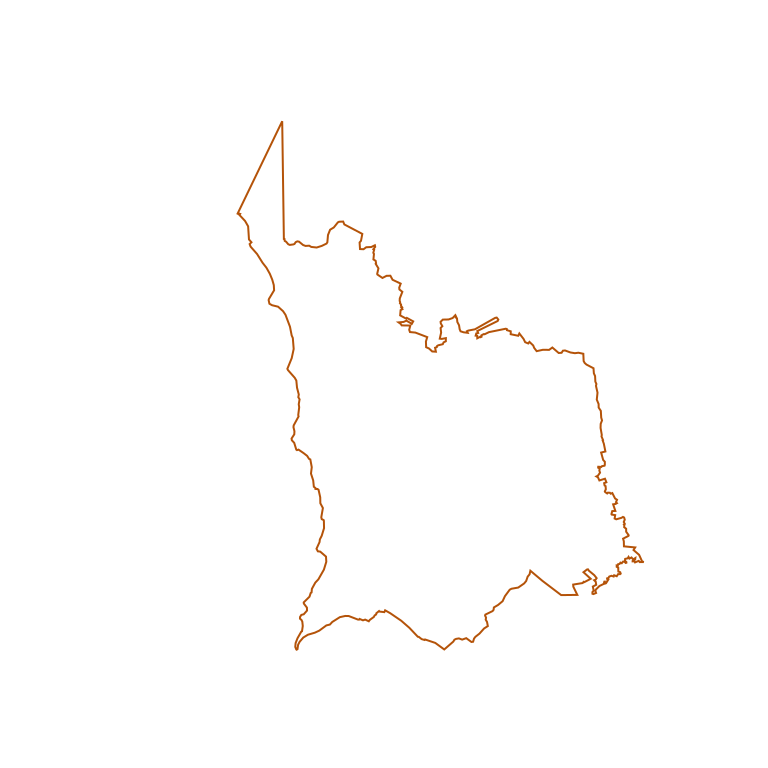 San Onofre, Sucre, Colombia (Albers equal-area conic projection), rotated 334°
{"feature_id": "7082276B86693666640795", "entity_name": "San Onofre", "entity_type": "district", "adm_level": 2, "iso_a3": "COL", "parent_name": "Colombia", "parent_adm1": "Sucre", "projection": "albers", "projection_center": [-75.504, 9.884], "detail": "fine", "context": "isolated", "style": "outline", "palette": "amber", "viewbox_px": 768, "rotation_deg": 334, "n_neighbors": 0, "source": "geoboundaries", "source_scale": "gbopen_adm2", "svg_char_len": 6166}
<svg xmlns="http://www.w3.org/2000/svg" viewBox="0 0 768 768"><g transform="rotate(334 384 384)"><path d="M407.7,103.2L327.1,166.7L327.8,167.6L329.2,166.8L328.5,167.6L329.2,168.1L328.2,168.8L330.6,176.6L331.0,182.7L326.0,194.9L327.0,198.5L324.6,199.3L324.3,202.0L326.9,211.5L328.0,221.8L329.3,228.0L329.7,234.9L329.3,241.2L328.3,246.8L326.3,251.6L317.9,257.1L317.1,258.0L316.2,261.6L317.9,264.1L322.7,268.1L325.2,274.3L325.8,278.6L324.6,291.3L322.3,299.9L322.2,302.7L318.2,312.9L312.4,320.3L303.8,328.0L303.8,329.5L306.5,339.3L306.7,342.5L304.2,349.2L302.8,356.1L301.2,358.3L301.4,360.8L298.5,364.8L297.6,367.7L293.3,374.3L293.0,375.7L284.7,381.6L283.7,383.1L282.8,387.2L281.3,389.9L277.0,392.5L276.5,394.2L277.5,397.5L276.4,404.5L276.8,405.3L278.4,405.5L281.4,410.8L283.4,414.9L283.8,418.4L284.7,419.5L282.6,427.1L279.1,432.5L278.1,439.6L275.9,445.6L276.8,447.5L276.4,448.3L278.2,449.2L278.8,450.4L277.0,457.9L274.5,463.3L274.7,468.7L269.2,476.3L268.8,478.2L270.1,479.8L270.0,480.6L266.9,487.3L261.5,493.1L258.2,495.6L256.8,497.8L251.1,502.5L251.2,505.4L253.2,506.7L256.2,513.7L254.2,518.5L248.6,524.5L239.4,530.8L235.2,532.4L229.4,536.5L227.5,539.6L226.5,539.7L223.8,542.5L216.1,545.1L215.7,546.2L216.7,551.2L215.5,553.9L210.9,555.8L208.5,555.3L206.4,556.6L205.6,558.1L206.4,559.9L206.4,561.8L204.9,565.9L201.9,570.3L201.1,570.3L194.8,574.6L191.0,578.1L189.0,581.4L188.8,584.1L189.0,584.5L190.0,584.4L192.5,580.7L195.2,578.7L200.3,576.5L205.7,576.0L212.8,577.2L217.7,577.3L226.4,575.7L229.9,576.5L233.2,575.2L242.1,574.2L247.5,575.5L250.6,577.1L257.4,584.4L258.6,584.9L259.1,584.5L261.5,587.2L263.8,587.5L266.3,590.6L267.8,589.8L272.8,588.9L274.1,587.9L275.9,587.7L276.6,586.7L280.0,585.9L280.1,586.5L284.3,589.2L285.8,587.9L289.1,592.7L295.7,604.3L299.9,614.2L303.6,626.0L304.4,626.5L306.0,629.8L308.3,631.9L308.9,631.6L316.6,639.2L321.8,649.0L333.4,645.9L335.2,644.7L337.1,644.7L339.8,645.5L342.2,648.0L346.5,648.5L349.5,654.2L351.1,654.7L353.3,652.3L355.3,651.3L360.4,650.2L366.8,647.6L371.2,647.1L372.3,643.0L372.1,640.4L373.3,638.7L373.3,636.5L374.0,635.7L382.0,635.7L383.5,635.0L384.8,633.0L389.7,632.6L395.4,631.2L399.7,627.7L406.8,624.0L408.8,623.9L415.4,625.8L422.5,624.7L425.4,623.4L428.7,620.1L431.4,618.9L433.7,616.0L440.1,630.4L450.7,651.4L465.3,658.3L465.3,649.2L466.1,647.2L475.3,650.0L476.7,649.3L477.2,649.9L484.4,649.7L480.8,640.6L485.2,639.7L486.1,640.0L486.3,641.6L489.2,648.0L490.0,651.7L488.5,652.6L486.9,652.5L487.6,654.6L486.7,657.5L482.9,657.6L481.9,661.6L480.1,662.4L479.4,663.9L480.1,664.6L483.0,664.8L483.3,662.5L484.4,661.6L489.1,660.0L493.9,660.0L495.4,658.2L495.9,658.4L495.4,660.3L496.2,660.4L500.2,657.9L500.2,657.3L499.1,657.3L499.3,656.5L500.6,656.7L502.1,655.8L504.4,656.1L506.0,657.7L507.0,656.8L508.9,658.8L511.1,657.5L512.8,658.4L513.6,658.2L513.8,656.7L512.4,655.3L514.0,651.8L513.0,650.3L513.6,649.1L514.4,649.9L515.4,648.6L516.9,649.0L518.2,648.2L519.1,649.3L521.1,648.4L522.2,649.1L522.8,650.8L523.5,650.9L523.8,650.3L523.1,648.4L524.1,646.9L526.6,647.5L528.0,646.6L528.1,648.5L530.4,648.4L531.0,650.9L533.6,650.6L532.8,651.8L529.9,652.0L529.7,652.4L531.3,653.1L531.4,654.4L535.4,654.6L535.8,656.2L539.4,657.9L538.2,656.4L538.4,649.4L535.5,642.6L538.1,641.0L528.5,635.1L530.6,630.5L531.1,627.8L537.1,627.7L537.6,627.2L536.9,622.9L538.2,620.2L537.1,618.0L538.1,616.3L538.0,615.5L539.1,615.3L539.0,613.1L540.9,611.5L541.3,609.3L540.5,608.2L538.8,608.4L533.4,607.4L532.3,606.0L534.3,603.2L531.4,601.2L531.4,600.6L533.4,598.3L536.3,599.5L537.2,592.6L539.5,593.3L541.1,593.2L540.7,591.9L542.7,590.2L541.5,588.2L541.4,582.1L539.7,582.0L539.4,580.8L537.6,579.8L536.6,580.2L535.4,578.1L535.4,577.3L537.2,575.9L538.4,572.9L537.8,571.9L538.4,569.6L540.8,569.8L541.1,566.0L535.3,565.1L535.4,561.7L534.4,560.2L536.0,560.2L539.3,558.4L539.6,556.2L540.8,554.6L539.8,553.1L540.3,552.3L543.0,553.8L543.9,553.4L546.4,554.1L547.0,553.5L548.4,550.7L547.7,548.3L549.1,540.8L553.4,541.7L555.4,534.1L555.8,530.5L556.3,530.4L556.5,526.5L557.4,525.3L559.4,518.4L561.3,514.8L564.0,512.3L564.5,509.4L567.1,503.2L566.6,499.3L568.1,496.1L568.4,491.3L572.1,485.4L573.7,478.6L574.9,477.1L575.0,474.5L577.2,469.4L577.3,466.4L579.2,461.7L574.5,455.3L573.6,453.1L573.5,450.9L576.4,444.2L572.4,441.1L569.1,440.0L565.4,437.4L561.4,433.2L559.4,432.5L557.3,433.8L554.6,432.7L551.3,425.0L547.4,425.7L541.8,422.9L535.6,421.4L534.8,417.3L535.0,414.8L533.2,409.9L531.4,410.8L529.2,408.3L529.2,404.7L527.8,397.9L525.8,399.5L519.7,394.8L521.0,392.2L518.1,389.5L518.5,388.5L517.7,387.7L501.1,383.4L496.2,383.4L495.7,382.9L494.0,382.9L492.9,383.0L492.4,384.3L491.4,384.3L491.2,383.7L487.9,383.8L488.9,381.5L487.6,380.7L489.1,379.0L491.0,379.4L491.1,377.3L513.8,377.2L515.0,376.2L514.4,373.7L512.9,373.3L489.7,374.7L483.1,372.9L481.7,372.9L481.7,374.7L478.2,372.4L475.9,370.2L476.0,368.0L477.2,364.1L477.1,360.4L478.4,356.9L477.7,355.8L478.3,355.2L478.3,353.4L474.6,354.8L470.3,354.3L465.1,351.9L462.1,352.9L461.6,354.5L461.8,357.6L459.4,358.5L457.9,362.8L454.0,367.7L455.7,368.8L459.7,369.9L458.3,372.7L455.8,372.7L454.3,374.0L449.8,373.0L448.4,373.1L447.6,374.0L445.8,373.8L444.8,377.7L441.6,375.9L440.0,371.8L438.0,369.4L440.3,364.2L443.4,360.8L434.7,351.5L430.1,348.7L430.4,346.3L433.3,343.0L425.6,339.1L425.3,337.2L424.1,335.0L428.8,336.8L431.9,336.9L435.4,342.1L437.7,340.5L433.5,334.6L432.7,335.0L432.1,334.3L428.6,329.4L431.3,324.9L433.4,324.8L433.1,322.8L433.9,322.9L433.6,321.0L434.2,320.0L433.7,318.4L434.4,317.6L434.5,316.2L435.7,314.0L440.9,309.2L439.3,305.8L439.9,304.1L443.0,301.1L437.4,294.1L437.2,289.5L433.8,287.9L429.1,288.0L426.1,282.8L426.1,282.1L429.7,277.6L429.2,272.3L429.8,272.0L430.5,269.6L429.1,267.4L432.0,262.7L431.9,261.4L434.0,259.0L433.5,258.2L436.2,256.9L436.6,255.3L432.6,255.3L428.0,253.3L424.7,253.9L421.6,252.2L424.1,246.1L426.1,245.2L430.3,239.6L418.3,223.2L418.5,220.1L414.8,218.5L413.4,218.5L407.5,221.3L403.2,221.7L399.0,225.5L395.2,231.8L393.9,232.6L388.6,232.6L383.3,231.8L378.7,228.9L377.4,226.9L374.0,225.5L372.2,223.6L370.0,218.8L368.6,217.8L366.8,217.8L364.9,218.9L363.7,218.8L360.3,217.7L359.2,216.4L358.4,213.2L357.5,211.9L358.1,210.0L357.6,209.7L407.7,103.2Z" fill="none" stroke="#b45309" stroke-width="2"/></g></svg>